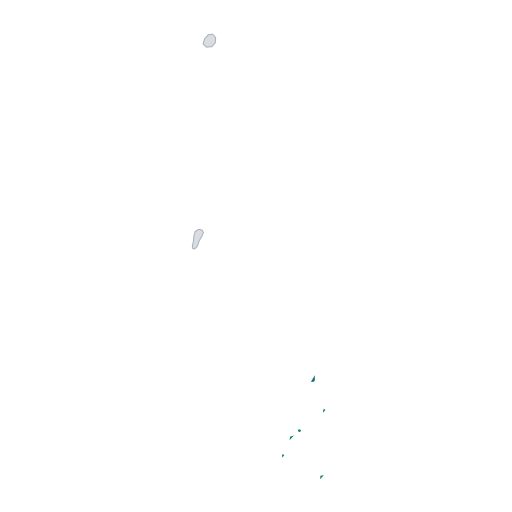 Baa on a map of Maldives (orthographic projection), rotated 178°
{"feature_id": "MDV-5228", "entity_name": "Baa", "entity_type": "Atoll", "adm_level": 1, "iso_a3": "MDV", "parent_name": "Maldives", "parent_adm1": "", "projection": "orthographic", "projection_center": [73.003, 5.117], "detail": "coarse", "context": "in_parent", "style": "filled", "palette": "teal", "viewbox_px": 512, "rotation_deg": 178, "n_neighbors": 0, "source": "natural_earth", "source_scale": "10m", "svg_char_len": 873}
<svg xmlns="http://www.w3.org/2000/svg" viewBox="0 0 512 512"><g transform="rotate(178 256 256)"><path d="M316.0,282.6L312.3,284.6L308.9,283.8L307.7,281.3L309.4,277.7L312.3,273.0L314.2,267.9L317.1,265.1L319.3,266.0L319.1,268.9L318.0,272.8L317.4,277.9L316.0,282.6ZM296.0,478.8L291.5,479.2L288.7,475.6L289.3,470.4L292.8,466.7L298.3,466.5L301.5,469.8L299.8,474.8L296.0,478.8Z" fill="#d9dde1" stroke="#a8b0b8" stroke-width="1"/><path d="M204.2,129.0L202.2,132.1L202.3,130.0L202.8,129.2L203.5,129.0L204.2,129.0ZM218.8,78.9L218.8,79.0L219.0,79.6L219.3,80.0L219.3,80.3L218.5,80.4L218.0,79.9L218.2,79.6L218.6,79.4L218.8,78.9ZM227.7,73.0L227.6,73.6L226.9,73.8L227.7,73.0ZM236.1,55.5L236.1,56.0L235.4,56.3L236.1,55.5ZM198.7,32.8L198.6,33.4L198.0,33.5L198.7,32.8ZM193.4,99.3L193.3,99.8L193.0,99.9L192.7,100.0L193.4,99.3Z" fill="#14b8a6" stroke="#0f766e" stroke-width="1.5"/></g></svg>